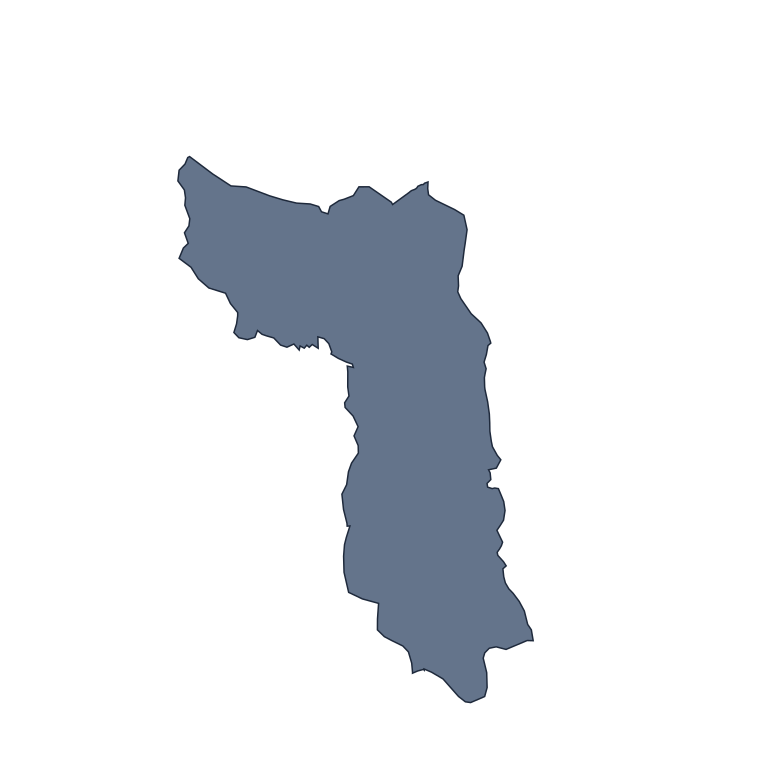 the district of Lelouma, Lélouma, Guinea, rotated 318°
{"feature_id": "49546643B79531384041877", "entity_name": "Lelouma", "entity_type": "district", "adm_level": 2, "iso_a3": "GIN", "parent_name": "Guinea", "parent_adm1": "Lélouma", "projection": "equal_earth", "projection_center": [-12.691, 11.514], "detail": "fine", "context": "isolated", "style": "filled", "palette": "slate", "viewbox_px": 768, "rotation_deg": 318, "n_neighbors": 0, "source": "geoboundaries", "source_scale": "gbopen_adm2", "svg_char_len": 2614}
<svg xmlns="http://www.w3.org/2000/svg" viewBox="0 0 768 768"><g transform="rotate(318 384 384)"><path d="M211.7,618.0L217.0,619.8L222.3,622.5L222.4,623.5L223.1,622.6L226.5,630.0L230.5,642.6L230.3,666.1L231.8,674.6L235.2,678.7L249.7,683.6L257.5,678.6L267.2,667.2L274.3,654.1L279.0,651.2L285.4,650.8L291.5,654.4L297.1,662.9L318.7,670.4L323.1,674.6L329.0,665.3L329.9,658.8L336.4,646.6L339.0,636.0L339.9,625.9L339.7,619.7L341.1,613.0L344.0,607.4L348.7,600.9L353.1,600.9L353.9,596.0L353.9,587.5L355.5,584.8L359.5,583.9L363.1,582.7L366.3,580.9L370.0,568.3L375.7,566.9L381.7,565.2L389.3,559.0L394.3,551.5L396.6,545.2L399.0,538.3L396.7,535.4L394.4,534.1L392.0,530.0L394.1,526.8L399.4,526.5L403.4,521.1L404.3,517.7L411.2,521.7L420.1,518.5L420.4,512.9L422.6,503.2L425.4,498.4L431.1,489.9L436.6,483.6L442.2,476.8L449.1,466.6L455.4,455.6L456.8,453.6L462.9,446.4L466.0,444.0L470.1,441.0L473.0,434.7L479.8,430.6L487.0,425.0L490.7,425.1L491.5,423.6L495.0,415.3L497.0,403.6L495.8,390.1L498.2,372.0L500.5,364.8L505.0,361.0L511.5,353.2L520.8,348.8L533.4,337.9L538.2,334.0L549.0,324.9L556.3,312.0L553.2,301.6L545.2,281.9L543.7,273.2L547.2,268.1L551.9,263.3L550.1,262.6L548.5,261.9L546.7,262.1L545.1,260.8L543.0,260.2L541.4,259.7L539.9,260.2L538.1,260.2L536.4,259.7L534.5,258.9L532.7,258.5L531.1,258.5L516.5,257.0L510.5,256.4L511.1,253.7L504.9,227.5L497.3,220.7L487.3,223.5L478.0,220.0L473.4,217.7L468.4,216.9L462.8,216.0L456.2,220.1L452.8,214.2L454.2,208.4L449.6,200.8L440.1,191.1L432.1,179.5L424.9,167.6L413.4,145.3L402.8,134.4L397.2,113.2L391.7,84.9L389.7,84.4L383.3,87.4L374.8,88.0L366.7,95.2L365.5,106.2L361.1,112.8L355.6,117.9L350.3,131.2L344.8,136.0L336.9,138.1L332.6,148.5L325.9,148.7L319.6,151.7L315.8,153.5L318.7,168.1L316.4,181.6L317.2,188.1L318.1,195.5L327.0,210.5L323.7,221.5L323.1,233.0L320.8,235.5L314.6,240.7L306.9,245.3L307.1,252.5L312.2,259.6L319.3,262.9L325.8,259.6L326.6,265.4L328.9,269.6L332.9,276.0L333.2,285.9L336.5,291.7L343.8,294.0L343.7,302.0L347.1,299.6L348.7,304.0L352.6,303.5L353.0,306.7L357.1,306.6L359.0,313.4L366.4,304.7L369.9,310.3L370.0,317.1L366.7,325.2L364.7,326.2L367.2,334.4L370.7,342.5L373.8,348.0L372.3,351.2L368.7,346.1L365.2,350.8L355.1,361.9L349.9,369.5L342.2,371.6L339.4,375.4L339.6,387.1L336.2,398.4L327.0,402.5L323.6,412.5L318.7,418.2L306.9,421.1L298.9,425.4L288.9,433.8L279.0,437.7L270.0,450.1L263.3,462.7L261.5,465.0L263.7,466.7L253.2,472.9L247.1,477.0L238.8,484.9L228.3,497.2L218.3,515.2L224.1,529.2L233.2,543.4L222.0,554.2L214.6,562.3L215.2,572.0L218.2,580.1L222.7,591.3L222.9,599.4L217.8,610.0L212.1,617.6L211.7,618.0Z" fill="#64748b" stroke="#1e293b" stroke-width="1.5"/></g></svg>